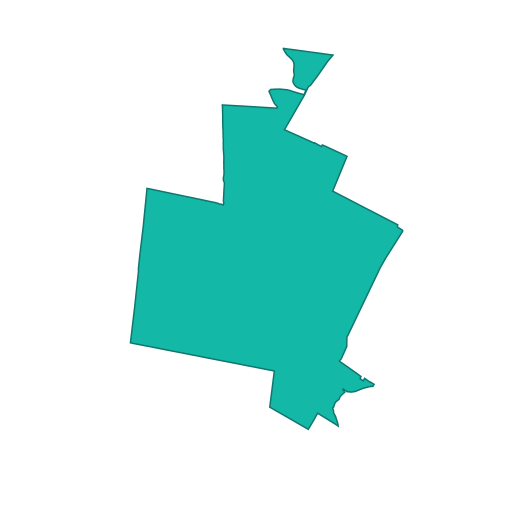 Rosiori, Ialomita, Romania (Natural Earth projection), rotated 251°
{"feature_id": "2599482B56196018895853", "entity_name": "Rosiori", "entity_type": "district", "adm_level": 2, "iso_a3": "ROU", "parent_name": "Romania", "parent_adm1": "Ialomita", "projection": "natural_earth1", "projection_center": [26.549, 44.609], "detail": "fine", "context": "isolated", "style": "filled", "palette": "teal", "viewbox_px": 512, "rotation_deg": 251, "n_neighbors": 0, "source": "geoboundaries", "source_scale": "gbopen_adm2", "svg_char_len": 2610}
<svg xmlns="http://www.w3.org/2000/svg" viewBox="0 0 512 512"><g transform="rotate(251 256 256)"><path d="M420.9,394.2L439.7,356.9L441.2,353.7L443.5,349.3L443.6,349.0L443.4,349.2L442.6,349.3L440.3,349.7L437.7,350.3L436.5,350.7L435.5,351.1L433.5,352.2L431.5,353.2L430.3,353.8L429.2,354.3L428.1,354.5L426.3,354.6L425.2,354.4L423.6,354.0L420.8,352.7L419.4,352.1L417.7,351.6L414.9,351.2L414.1,350.8L412.4,349.5L410.2,348.2L408.7,347.7L407.5,347.7L406.1,347.9L404.4,348.4L402.7,349.3L401.8,350.2L401.2,350.7L400.1,352.0L399.3,353.3L398.1,354.9L396.9,356.9L396.6,357.3L392.9,353.9L396.3,348.9L399.6,344.3L401.3,342.2L403.1,339.4L406.1,332.8L407.5,328.4L408.7,324.0L407.5,321.9L405.4,322.1L403.1,322.3L401.3,322.4L400.4,322.4L398.5,322.6L396.1,322.8L395.1,323.0L394.3,323.1L393.4,323.4L392.2,323.9L391.9,324.0L390.9,324.5L390.0,324.8L389.8,324.5L389.0,323.8L401.9,292.6L409.8,273.3L409.6,273.2L408.9,273.1L406.8,272.5L404.0,271.6L398.2,269.8L396.4,269.1L394.6,268.5L389.9,267.0L385.1,265.6L384.6,265.5L384.0,265.2L381.8,264.5L378.4,263.4L377.9,263.4L376.7,263.0L373.4,261.8L369.9,260.7L368.3,260.0L367.6,259.9L366.2,259.5L360.1,257.9L354.1,255.7L351.7,255.0L349.3,254.1L348.1,253.8L346.9,253.5L343.3,252.2L342.2,251.6L341.2,250.9L339.7,250.3L338.3,249.8L337.9,249.8L337.6,249.8L336.2,250.0L334.8,249.7L331.9,248.5L329.1,247.3L323.8,245.2L318.5,243.0L316.4,242.8L314.9,241.5L316.2,240.3L316.9,238.5L317.9,237.5L319.5,235.3L343.5,195.0L353.9,177.6L355.4,174.9L354.6,174.6L323.5,160.3L322.5,159.9L295.2,146.7L281.7,140.4L280.2,140.1L247.3,124.7L214.8,109.0L213.4,111.3L210.4,116.5L194.7,143.6L141.3,235.9L108.6,219.8L75.1,249.0L83.3,258.7L83.5,258.8L87.3,263.1L70.5,276.8L68.4,278.3L70.8,278.8L74.5,278.9L76.8,278.9L78.2,279.0L81.9,278.4L82.7,278.3L84.2,278.9L87.2,278.9L87.5,279.1L87.8,280.1L89.9,281.7L91.7,283.3L92.8,285.9L93.3,287.7L95.9,290.0L97.5,293.5L98.2,295.5L101.7,294.7L101.8,295.2L98.1,297.9L96.3,301.8L95.6,305.7L96.0,314.1L95.6,319.7L95.3,322.1L94.6,324.0L96.2,325.9L99.6,323.1L99.4,322.8L105.0,318.9L103.0,316.8L106.2,314.5L107.8,316.0L111.3,313.7L129.4,300.6L129.7,300.8L131.1,303.2L140.8,312.3L150.4,315.8L150.6,316.6L204.7,369.9L212.0,378.2L225.5,395.1L228.8,399.2L231.3,402.4L231.8,402.8L232.3,403.0L232.8,402.9L236.7,399.6L237.5,399.3L238.2,399.4L238.9,399.9L239.3,400.2L265.8,374.9L292.4,349.6L293.1,350.3L320.6,374.5L338.2,356.3L339.4,354.8L338.1,353.5L344.0,348.2L343.7,347.9L344.3,347.3L366.1,324.0L392.3,354.1L395.7,357.4L397.7,359.3L399.0,360.7L399.7,363.2L403.3,368.5L406.4,373.1L408.1,375.4L413.8,383.2L416.9,387.5L420.9,394.2Z" fill="#14b8a6" stroke="#0f766e" stroke-width="1.5"/></g></svg>